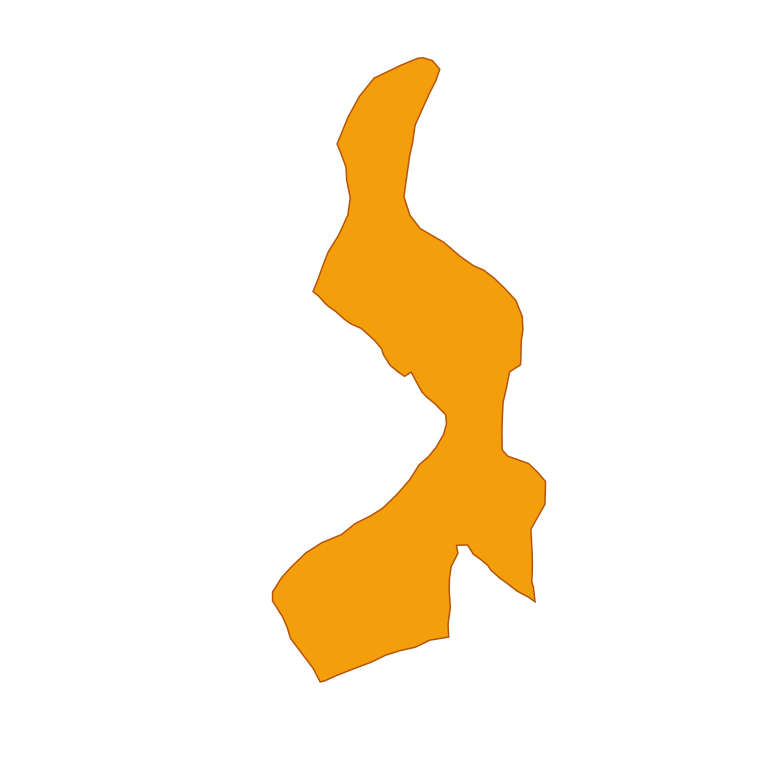 Esan Central, Edo, Nigeria (Natural Earth projection), rotated 148°
{"feature_id": "59680162B14396821090751", "entity_name": "Esan Central", "entity_type": "district", "adm_level": 2, "iso_a3": "NGA", "parent_name": "Nigeria", "parent_adm1": "Edo", "projection": "natural_earth1", "projection_center": [6.254, 6.706], "detail": "fine", "context": "isolated", "style": "filled", "palette": "amber", "viewbox_px": 768, "rotation_deg": 148, "n_neighbors": 0, "source": "geoboundaries", "source_scale": "gbopen_adm2", "svg_char_len": 2187}
<svg xmlns="http://www.w3.org/2000/svg" viewBox="0 0 768 768"><g transform="rotate(148 384 384)"><path d="M371.3,119.3L365.0,132.5L363.4,138.1L355.6,149.4L351.7,155.8L347.7,162.6L336.4,183.0L311.3,196.7L298.7,215.6L298.8,216.5L300.3,226.8L303.5,239.8L317.3,257.3L318.7,265.5L311.6,277.2L308.9,281.7L308.8,281.8L305.8,286.3L300.5,294.2L292.6,305.5L283.1,314.9L271.2,327.7L258.0,328.0L253.6,334.4L245.2,347.2L237.3,356.6L231.0,367.9L229.5,376.2L227.9,384.8L231.1,401.6L234.3,414.7L239.1,427.7L245.5,437.0L251.8,451.9L254.9,461.7L258.2,472.4L268.9,492.8L271.0,496.6L272.6,513.5L267.9,532.2L255.3,547.3L248.9,554.9L241.0,564.3L231.6,573.8L220.5,587.0L206.3,596.5L192.0,606.1L179.4,613.7L169.9,621.3L171.5,632.5L177.9,639.9L181.7,641.8L182.9,642.4L201.6,645.5L214.5,646.9L230.2,648.7L252.3,641.0L272.9,629.5L296.6,612.4L298.2,603.0L301.3,588.0L307.6,576.7L313.9,559.8L325.0,546.6L339.2,537.1L345.5,533.3L361.3,525.6L374.0,516.1L383.5,508.5L391.4,502.8L395.2,500.0L392.9,493.4L391.3,484.1L389.7,478.5L386.5,471.0L383.3,459.8L380.1,452.4L373.8,443.1L372.2,437.7L370.6,431.9L369.0,426.3L367.4,415.1L368.9,409.5L368.9,409.2L368.9,398.3L368.9,396.4L365.7,387.0L362.5,379.6L354.6,379.7L355.1,372.9L356.1,357.2L354.5,349.7L352.3,343.2L351.3,340.4L348.0,325.0L350.3,320.9L350.9,319.3L352.3,316.9L360.2,309.7L373.4,302.7L384.5,298.9L397.1,296.8L413.0,289.2L417.9,287.7L430.2,283.9L432.0,283.4L433.1,283.1L445.2,280.6L447.9,280.0L450.9,279.4L465.2,279.3L478.9,280.6L479.2,280.6L482.6,280.9L486.7,280.4L500.1,278.9L520.7,282.4L527.5,282.3L539.7,282.2L558.7,278.2L572.9,274.3L575.0,273.3L588.7,266.7L593.5,259.1L593.4,253.5L593.4,240.4L593.6,238.9L595.0,229.2L598.1,217.9L596.4,198.3L596.0,194.3L595.2,184.9L594.8,180.5L596.0,165.1L591.6,163.7L578.9,162.0L560.9,158.6L560.7,158.6L559.9,158.4L542.5,154.9L526.6,153.2L512.4,149.6L496.5,144.1L480.9,142.5L480.7,142.4L463.2,135.1L460.1,140.8L456.9,146.4L445.9,159.7L438.0,174.7L431.7,184.2L423.8,193.6L417.9,197.1L411.1,201.2L408.0,208.8L405.1,207.1L398.5,203.2L398.4,192.0L395.2,184.6L392.1,175.2L392.0,169.6L388.8,158.4L385.7,151.0L380.9,137.9L378.5,133.7L377.7,132.3L374.5,126.8L371.3,119.3Z" fill="#f59e0b" stroke="#b45309" stroke-width="1.5"/></g></svg>